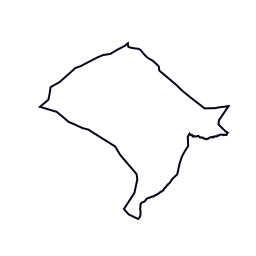 outline of Telmen, Dzavhan, Mongolia, rotated 302°
{"feature_id": "93677404B12487525964315", "entity_name": "Telmen", "entity_type": "district", "adm_level": 2, "iso_a3": "MNG", "parent_name": "Mongolia", "parent_adm1": "Dzavhan", "projection": "robinson", "projection_center": [97.583, 48.784], "detail": "fine", "context": "isolated", "style": "outline", "palette": "ink", "viewbox_px": 256, "rotation_deg": 302, "n_neighbors": 0, "source": "geoboundaries", "source_scale": "gbopen_adm2", "svg_char_len": 4705}
<svg xmlns="http://www.w3.org/2000/svg" viewBox="0 0 256 256"><g transform="rotate(302 128 128)"><path d="M99.3,42.1L103.9,59.0L102.6,68.9L101.7,74.2L103.0,82.7L103.1,84.3L103.9,89.8L105.6,95.1L105.5,127.0L101.0,135.7L93.4,159.8L89.2,163.2L76.4,167.8L57.1,167.5L55.1,174.3L56.2,184.7L56.8,185.0L57.3,185.1L58.0,185.1L58.6,185.2L59.1,185.1L59.5,185.1L60.5,184.7L60.9,184.6L61.5,184.2L62.2,183.9L63.1,183.3L63.8,182.8L64.1,182.6L64.6,182.2L65.4,181.5L66.1,181.0L66.8,180.7L67.3,180.6L67.6,180.5L67.7,180.4L68.1,180.1L68.4,179.9L68.8,179.7L69.9,179.1L70.1,179.0L70.3,178.9L70.6,178.9L70.9,179.0L72.3,179.4L72.5,179.5L72.8,179.7L73.0,179.9L73.1,180.0L73.3,180.0L73.5,180.2L74.1,180.7L74.3,180.8L74.6,180.9L75.3,181.2L75.6,181.2L75.9,181.2L76.1,181.2L76.3,181.2L76.5,181.1L76.8,181.1L77.3,181.2L77.5,181.3L78.0,181.4L78.5,181.7L78.7,181.8L79.2,182.4L79.4,182.5L79.5,182.6L79.8,182.6L80.2,183.0L80.6,183.4L80.8,183.5L81.0,183.6L81.2,183.8L81.3,183.8L81.6,183.9L82.1,184.4L82.4,184.7L82.9,185.0L83.0,185.1L83.2,185.6L83.5,186.0L83.8,186.1L84.1,186.1L84.3,186.1L84.6,186.3L84.8,186.5L85.0,186.6L85.4,186.8L85.5,186.9L85.7,187.0L85.9,187.0L86.0,187.0L86.2,187.4L86.3,187.4L86.5,187.6L86.9,187.8L87.0,187.9L87.4,187.9L87.6,187.9L87.8,188.0L88.0,188.1L88.2,188.4L88.8,188.8L89.0,188.9L89.4,188.9L89.6,189.0L89.8,189.1L90.1,189.2L90.3,189.3L90.6,189.3L90.9,189.3L91.2,189.4L91.4,189.5L91.5,189.6L91.6,189.8L91.9,190.2L92.1,190.2L92.4,190.4L92.5,190.4L93.0,190.6L93.3,190.6L93.5,190.7L93.6,190.8L93.8,190.8L94.0,190.9L94.3,190.9L94.5,190.9L95.0,190.9L95.7,190.9L96.0,190.8L96.3,190.9L96.5,191.0L97.0,191.3L97.5,191.2L97.8,191.3L98.0,191.4L98.3,191.5L99.7,191.4L100.1,191.5L100.4,191.6L100.5,191.6L100.9,191.8L101.0,191.9L101.4,191.8L101.5,191.8L101.9,191.8L102.2,192.0L102.4,192.0L103.3,192.5L108.5,192.6L114.9,194.3L125.5,190.5L132.1,188.9L138.3,188.5L144.6,188.6L152.3,183.3L155.7,183.3L155.4,183.7L155.4,183.8L155.4,184.0L155.4,184.3L155.3,184.5L155.3,184.8L155.7,184.9L155.7,185.0L155.7,185.4L155.8,185.6L155.9,185.8L155.9,186.0L155.7,186.1L155.4,186.1L155.4,186.3L155.5,186.6L155.7,187.0L155.6,187.3L155.4,187.4L155.3,187.5L155.2,187.6L155.2,187.8L155.3,187.8L155.6,187.9L155.8,187.9L155.9,188.0L156.0,188.1L156.2,188.4L156.3,188.6L156.3,188.8L156.3,189.1L156.3,189.3L156.6,189.7L156.7,190.0L156.9,190.2L156.9,190.3L157.0,190.6L157.6,190.8L157.8,191.0L158.0,191.3L158.1,191.5L158.4,191.8L158.5,191.9L158.6,192.0L158.4,192.7L158.3,193.4L158.1,194.0L158.1,194.4L158.2,194.5L158.4,194.6L158.7,194.9L158.9,195.1L159.0,195.3L159.0,195.5L159.0,195.8L159.3,196.1L159.5,196.4L159.5,196.7L159.5,196.9L159.4,197.2L159.4,197.5L159.2,197.8L159.1,198.1L159.2,198.3L159.5,198.4L159.6,198.6L159.6,198.8L159.7,199.1L159.8,199.2L159.9,199.3L160.0,199.4L160.0,199.6L159.9,200.0L159.9,200.3L160.0,200.5L160.4,200.6L160.5,200.7L160.8,201.1L161.1,201.3L161.5,201.4L161.6,201.6L161.8,201.7L161.9,201.9L162.1,202.0L162.4,202.1L162.7,202.2L162.9,202.2L163.0,202.2L163.1,202.3L163.3,202.5L163.8,202.9L164.0,203.1L164.3,203.4L164.4,203.5L164.7,203.8L164.8,203.9L164.8,204.0L164.8,204.4L164.8,204.6L164.8,204.8L165.0,205.0L165.3,205.0L165.6,205.0L165.8,205.1L165.9,205.5L166.0,205.7L166.1,205.8L166.3,205.7L166.6,205.7L166.7,205.8L166.8,205.9L166.8,206.0L167.2,206.4L167.3,206.7L167.4,206.9L167.4,207.0L167.5,207.1L167.7,207.4L167.7,207.6L167.8,207.7L168.0,207.7L168.1,207.8L168.3,207.9L168.7,207.9L168.8,207.9L169.0,207.9L169.0,208.0L169.3,208.2L169.3,208.3L169.4,208.7L169.5,208.7L169.7,208.8L169.9,208.9L170.0,209.0L170.7,209.4L170.9,209.6L171.0,209.7L171.1,209.8L171.5,210.0L171.9,210.5L172.0,210.9L172.1,211.0L172.2,211.3L172.2,211.5L172.2,211.8L172.3,211.9L172.5,212.0L172.8,212.3L172.8,212.5L172.7,213.1L172.8,213.2L173.0,213.2L173.3,213.2L173.5,213.3L173.7,213.6L173.7,213.8L173.7,214.2L173.8,214.5L174.0,214.9L174.1,215.0L174.3,215.1L174.4,215.3L174.5,215.3L175.2,215.1L175.4,215.0L175.5,214.9L175.9,214.8L176.3,214.7L176.6,214.7L176.9,214.9L176.9,212.0L179.0,202.8L182.8,201.0L199.8,201.7L193.8,194.3L190.9,191.2L185.2,182.5L187.1,164.2L188.3,154.7L188.7,152.6L190.2,145.8L193.3,124.0L196.4,121.7L196.9,120.0L197.5,117.3L198.1,113.4L198.2,113.0L198.1,112.1L198.0,109.4L197.9,108.3L198.0,107.5L198.1,106.8L198.6,104.1L198.7,103.7L198.9,103.1L199.0,102.8L199.3,101.6L199.8,100.5L200.9,96.9L200.7,96.4L200.7,96.2L200.7,95.9L200.8,95.4L200.7,94.9L200.0,93.4L199.5,92.4L199.2,91.8L198.4,89.8L197.8,88.4L197.4,87.3L197.0,85.7L197.0,85.4L197.1,85.1L197.5,84.9L197.9,84.6L198.1,84.4L198.6,83.8L199.0,83.6L199.4,83.3L199.8,83.0L195.8,81.7L189.0,77.6L181.5,73.8L176.6,68.2L172.2,65.0L160.8,58.2L155.4,55.1L151.0,51.6L130.8,45.7L121.6,40.7L115.2,43.5L109.8,45.5L99.3,42.1L99.3,42.1Z" fill="none" stroke="#020617" stroke-width="2"/></g></svg>